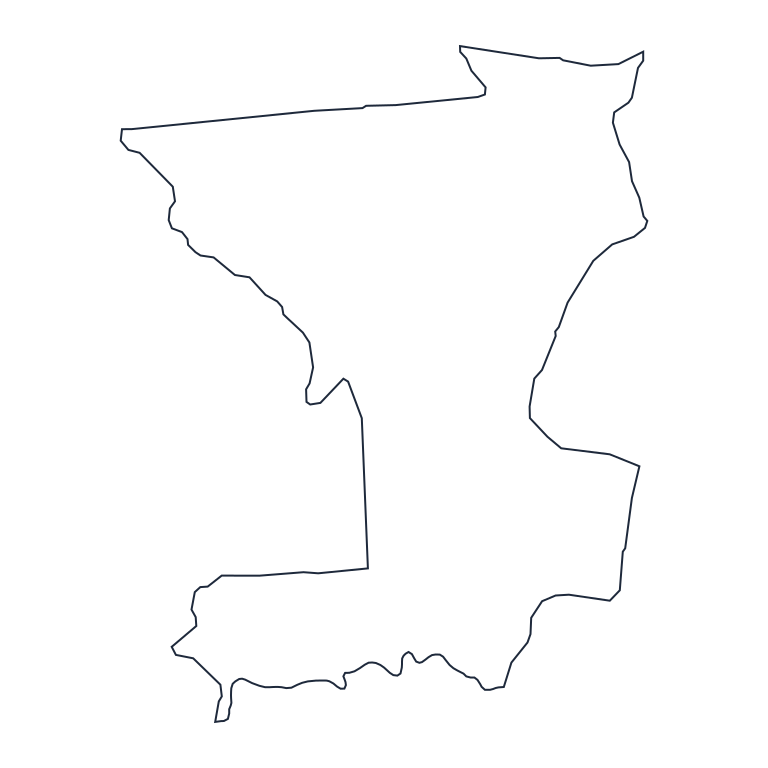 outline of Zapotitlán, Jutiapa, Guatemala
{"feature_id": "79465075B8015591970970", "entity_name": "Zapotitlán", "entity_type": "district", "adm_level": 2, "iso_a3": "GTM", "parent_name": "Guatemala", "parent_adm1": "Jutiapa", "projection": "orthographic", "projection_center": [-89.829, 14.111], "detail": "fine", "context": "isolated", "style": "outline", "palette": "slate", "viewbox_px": 768, "rotation_deg": 0, "n_neighbors": 0, "source": "geoboundaries", "source_scale": "gbopen_adm2", "svg_char_len": 2535}
<svg xmlns="http://www.w3.org/2000/svg" viewBox="0 0 768 768"><path d="M215.2,721.9L221.1,721.1L223.9,721.0L227.9,718.9L229.2,713.5L229.2,709.2L230.7,705.6L231.4,702.9L231.1,698.3L231.0,695.4L231.1,691.4L231.3,688.2L232.7,683.8L235.3,681.4L239.2,679.0L242.1,678.7L245.1,679.6L248.3,681.2L252.1,683.1L259.4,685.8L265.1,687.2L269.8,687.2L273.2,687.0L277.5,686.9L281.6,687.2L286.3,688.1L291.4,687.7L297.3,684.8L302.2,682.8L307.8,681.4L316.0,680.6L323.8,680.5L326.8,680.6L329.4,681.3L333.4,683.5L337.1,686.6L340.6,688.7L344.4,688.6L345.9,685.1L345.5,682.1L344.6,679.5L343.4,676.3L345.1,672.9L349.3,672.8L354.5,671.3L359.9,668.1L364.8,664.7L368.6,662.7L372.2,662.5L375.9,663.0L380.4,665.0L384.1,667.6L389.8,672.8L393.3,675.1L397.4,675.6L400.5,673.5L401.8,667.6L402.0,664.3L402.0,661.6L402.2,658.4L403.6,655.7L405.6,653.7L408.5,652.0L411.9,654.1L414.3,658.5L416.2,661.6L419.4,662.8L422.0,662.1L425.6,659.5L428.5,657.2L432.0,655.1L435.6,654.5L439.8,654.6L443.1,656.7L445.6,660.0L449.6,665.0L453.4,668.2L457.2,670.4L460.5,672.1L463.5,673.6L466.3,676.4L470.5,677.5L474.4,677.5L477.5,679.9L480.3,684.3L481.6,686.8L484.9,689.8L490.1,689.8L493.1,689.0L495.7,688.0L498.4,687.4L503.8,687.0L511.4,662.6L527.5,642.5L530.5,634.1L531.2,617.8L542.1,601.2L555.6,595.5L568.9,594.7L609.8,600.7L619.8,590.3L622.8,551.7L625.2,548.3L631.9,498.0L639.4,466.3L609.7,454.3L561.2,448.3L547.5,436.8L529.9,418.1L529.6,406.5L534.3,378.6L542.0,370.0L555.7,336.0L555.2,331.5L558.8,327.1L567.6,302.6L593.3,260.8L612.2,244.4L634.0,236.8L645.0,227.9L647.3,220.9L643.6,216.5L639.3,197.7L632.0,181.2L629.1,162.1L619.6,144.5L612.9,122.7L614.2,112.4L628.4,102.7L631.9,97.7L638.0,67.9L643.2,60.7L643.2,51.7L618.4,64.1L590.7,65.7L563.1,60.3L559.6,57.9L539.0,58.3L460.0,46.1L460.2,51.9L466.3,58.5L471.4,70.7L485.6,87.4L484.9,94.5L477.8,97.0L395.7,105.1L366.1,105.8L362.5,108.1L314.2,110.8L132.0,129.1L122.0,129.2L120.7,140.7L128.4,149.9L139.6,152.8L172.8,186.7L175.0,201.3L169.9,208.4L168.7,220.1L171.9,228.3L182.0,232.1L187.5,239.1L188.1,244.9L195.5,252.2L200.5,255.5L213.6,257.4L234.9,275.0L249.5,277.3L265.5,294.9L277.2,301.4L282.1,307.0L283.4,314.4L287.7,318.5L302.9,332.6L309.4,342.5L313.1,367.4L309.6,383.4L306.1,389.3L306.5,401.9L310.2,404.5L320.4,402.9L343.4,378.7L348.1,381.6L361.8,418.2L367.9,568.4L318.2,573.3L303.5,572.2L259.2,575.7L221.7,575.6L207.7,586.6L200.3,587.1L194.8,592.1L191.5,609.6L195.7,617.1L196.3,626.0L174.0,644.9L171.7,646.8L175.9,654.9L193.2,658.3L220.4,684.7L221.8,696.4L218.8,701.4L215.2,721.9Z" fill="none" stroke="#1e293b" stroke-width="2"/></svg>